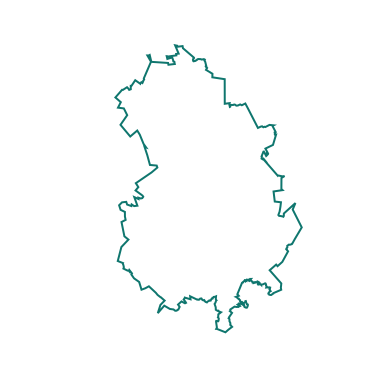 El Fuerte, Sinaloa, Mexico (Robinson projection), rotated 139°
{"feature_id": "50627088B83457177137003", "entity_name": "El Fuerte", "entity_type": "district", "adm_level": 2, "iso_a3": "MEX", "parent_name": "Mexico", "parent_adm1": "Sinaloa", "projection": "robinson", "projection_center": [-108.711, 26.237], "detail": "fine", "context": "isolated", "style": "outline", "palette": "teal", "viewbox_px": 384, "rotation_deg": 139, "n_neighbors": 0, "source": "geoboundaries", "source_scale": "gbopen_adm2", "svg_char_len": 5842}
<svg xmlns="http://www.w3.org/2000/svg" viewBox="0 0 384 384"><g transform="rotate(139 192 192)"><path d="M161.5,313.6L168.1,311.8L168.6,312.3L170.8,309.7L172.4,310.3L172.2,311.5L172.3,313.7L177.2,314.4L177.7,315.0L187.8,313.6L186.8,306.5L192.5,304.2L188.6,299.8L190.5,292.5L201.9,289.6L202.2,274.4L193.0,274.3L193.8,269.5L197.0,260.1L197.4,255.8L198.2,257.2L201.6,249.1L206.0,240.0L201.3,235.1L202.1,233.2L209.7,233.3L228.6,235.5L229.3,230.9L233.6,230.2L231.7,221.8L231.9,220.4L233.5,220.0L234.9,220.7L236.2,222.9L237.0,221.8L238.9,226.0L242.2,217.5L244.9,219.3L245.7,222.2L247.0,221.2L249.2,225.1L248.1,227.7L251.6,230.1L255.7,229.8L257.6,225.4L255.7,221.0L258.7,217.5L260.4,214.5L264.9,215.6L272.1,202.9L271.2,197.8L281.4,196.8L293.3,188.6L290.7,183.6L291.1,183.4L291.4,182.9L291.7,181.9L292.8,179.9L294.0,179.2L292.2,174.9L291.6,174.7L291.4,174.2L291.4,173.0L290.5,173.8L290.7,169.9L291.9,169.5L292.4,164.9L290.9,158.8L294.2,151.4L290.4,150.0L286.4,149.1L285.4,139.7L285.5,136.9L284.8,133.3L284.6,133.1L283.9,128.0L289.9,127.5L297.3,123.0L287.5,124.4L285.4,118.2L283.0,115.5L282.6,113.4L281.4,112.5L280.0,112.5L279.5,112.2L276.7,113.4L276.4,116.2L271.7,116.3L270.9,114.1L270.3,112.6L269.2,112.3L269.0,113.3L268.8,116.3L268.2,116.3L267.9,116.6L267.2,116.6L266.7,117.0L263.5,112.0L261.8,114.5L258.7,107.3L258.1,107.1L257.6,106.2L257.4,106.1L256.8,106.0L255.9,106.2L254.8,105.6L254.7,105.4L255.0,104.0L254.6,102.9L253.7,102.5L253.7,102.2L254.0,102.1L253.9,100.2L253.2,98.9L252.1,99.1L250.4,98.6L250.0,98.8L249.2,97.8L247.5,98.5L247.1,98.4L246.6,98.1L246.0,98.7L245.4,98.3L244.5,98.6L243.5,97.9L242.3,97.5L244.3,95.6L244.6,94.3L244.8,94.4L246.9,93.1L248.4,92.7L249.7,89.5L251.3,87.5L250.7,85.6L250.1,85.2L250.3,84.9L249.9,84.1L250.0,84.0L249.0,82.2L252.4,82.4L254.0,80.7L254.7,80.4L254.7,79.2L254.9,78.8L256.5,77.4L257.2,77.3L257.8,78.1L257.8,78.4L258.3,78.8L258.9,78.4L262.1,73.4L263.5,72.8L263.0,72.3L258.8,64.2L254.6,64.2L250.2,63.9L250.3,66.4L250.1,66.4L249.9,66.9L249.0,68.0L248.5,69.9L247.2,71.4L247.1,71.9L247.2,72.7L246.3,72.9L246.1,73.2L241.1,74.5L241.5,77.0L241.1,76.9L240.2,78.2L235.1,77.6L233.8,76.0L232.4,74.8L231.7,75.2L231.1,74.7L230.6,74.5L230.6,75.6L231.2,76.0L231.4,77.0L230.8,76.8L230.6,76.9L230.6,76.7L229.9,76.5L229.7,76.8L229.1,76.0L228.7,76.0L228.4,75.5L227.9,76.0L227.1,74.7L227.4,74.3L227.8,74.1L227.6,73.4L227.1,73.7L227.2,74.1L226.8,74.6L226.1,73.9L226.5,73.8L226.9,73.3L226.8,72.9L227.2,72.7L227.0,72.2L227.3,71.6L227.5,71.7L227.6,71.4L227.6,71.0L227.8,70.7L227.3,69.6L227.0,69.1L226.4,68.7L225.1,69.2L224.0,70.0L223.7,70.4L223.7,70.7L224.2,71.3L224.0,71.7L224.0,72.0L223.7,72.7L223.6,73.2L223.0,74.1L222.9,74.4L223.1,74.5L223.3,74.0L223.7,73.9L224.6,74.2L225.5,74.1L226.2,74.4L226.6,74.8L226.7,75.4L226.4,75.5L226.4,76.3L226.8,76.6L227.3,76.5L227.6,77.7L226.7,78.8L227.0,80.5L226.7,80.8L227.3,82.0L227.1,82.4L227.1,82.9L227.6,84.0L224.8,83.0L224.8,85.1L213.9,90.6L212.9,90.2L212.6,90.3L212.7,90.6L210.9,90.6L210.4,90.1L210.3,89.5L210.1,89.6L209.6,89.6L209.3,89.2L209.1,89.5L209.7,90.2L209.6,90.5L208.7,89.6L208.3,89.9L208.0,89.9L207.8,89.4L207.1,88.5L206.5,88.6L206.4,88.5L206.5,88.3L207.0,88.2L207.3,87.9L207.1,87.2L206.9,87.2L206.9,87.6L206.1,87.5L205.4,87.9L205.1,88.2L204.5,87.7L205.1,87.6L205.5,86.4L205.6,85.9L205.3,85.2L205.2,84.8L205.7,84.1L205.3,83.6L205.5,83.0L204.3,82.6L204.0,82.9L203.4,82.5L203.6,82.1L202.7,81.9L201.9,81.3L201.8,80.7L201.2,81.3L200.9,80.6L202.4,80.0L202.7,79.5L202.8,78.7L201.8,78.1L201.7,78.6L201.9,79.6L201.3,79.8L200.7,79.4L200.6,78.9L201.0,78.2L200.8,76.6L200.6,76.9L199.2,75.8L198.2,75.5L196.7,75.1L196.5,74.7L196.8,73.6L197.5,72.9L197.6,71.8L198.6,71.2L197.5,70.5L197.2,69.8L196.9,69.5L196.3,69.5L195.7,68.6L196.5,68.0L197.5,67.5L197.4,67.0L197.7,66.7L197.7,65.6L198.8,65.8L199.7,65.8L200.9,65.4L201.1,65.1L200.8,64.7L201.1,63.9L200.5,63.0L199.9,62.4L199.4,62.2L198.6,62.3L197.3,62.0L197.0,62.3L188.8,59.7L187.8,61.4L184.6,64.4L184.7,82.0L176.1,82.0L176.1,79.9L169.7,80.0L158.4,84.2L158.4,86.3L158.2,86.2L158.0,86.5L158.2,87.1L157.9,87.4L156.3,87.7L155.4,88.9L153.3,88.7L153.1,88.4L152.8,88.0L151.0,87.2L150.6,87.4L150.3,87.2L145.4,89.0L132.4,93.3L127.5,112.7L121.2,115.8L136.8,115.5L138.4,113.7L139.3,113.4L139.7,114.2L141.1,116.0L141.9,116.7L141.9,118.0L138.8,119.7L134.9,122.9L131.6,125.9L135.8,130.5L130.1,138.9L122.4,134.0L122.6,135.6L115.3,143.9L111.7,143.3L113.5,144.5L116.3,148.2L116.6,148.1L116.6,167.0L116.3,166.7L116.2,170.2L117.1,170.1L117.6,171.6L116.2,172.6L116.2,173.2L111.6,175.6L111.2,175.4L112.4,170.5L112.2,170.5L111.8,171.0L111.0,171.6L111.1,170.6L109.9,170.7L109.4,171.0L108.1,176.6L100.0,174.4L91.0,180.1L91.8,180.5L91.6,181.2L91.0,181.0L90.5,182.7L89.5,182.4L87.9,189.1L86.7,188.8L89.5,191.8L94.0,192.9L94.5,193.7L95.7,194.1L96.0,195.6L97.1,196.2L100.2,197.1L95.0,218.2L93.7,223.8L97.5,224.8L97.6,225.0L98.2,226.5L100.7,227.2L101.1,227.6L101.6,227.8L102.1,228.7L102.1,229.4L102.8,230.4L103.9,230.7L105.6,232.3L105.9,232.3L107.2,231.3L107.6,231.4L106.4,233.6L105.3,234.4L109.4,237.1L93.3,255.7L101.4,265.2L99.0,267.8L101.3,275.0L99.2,275.7L99.2,275.9L99.5,275.9L99.2,277.9L98.8,278.1L98.5,277.9L96.6,281.6L96.4,283.0L95.5,283.3L95.5,283.7L95.9,284.5L97.8,285.6L98.0,285.9L98.2,286.5L100.1,288.3L101.0,288.6L101.4,288.4L102.1,288.7L103.2,288.6L104.5,289.3L104.6,289.7L105.1,289.8L105.1,290.2L104.5,291.2L102.9,291.7L103.0,292.1L102.4,292.3L104.5,306.4L103.4,308.3L107.7,311.2L107.2,312.1L108.5,313.8L111.3,305.2L113.4,306.6L114.2,305.4L121.1,309.9L121.6,310.7L122.0,311.1L123.3,308.6L119.0,306.7L118.8,306.2L119.8,303.8L120.4,302.8L120.0,302.2L119.9,301.7L120.5,300.9L121.0,299.9L126.3,303.5L125.4,305.1L137.3,316.9L134.0,323.2L134.8,323.4L135.0,323.3L136.1,324.3L137.5,317.2L153.9,309.3L154.3,308.3L156.0,307.9L156.3,307.5L157.9,306.8L158.2,308.1L159.9,307.7L160.0,308.0L160.1,307.9L161.5,313.6Z" fill="none" stroke="#0f766e" stroke-width="2"/></g></svg>